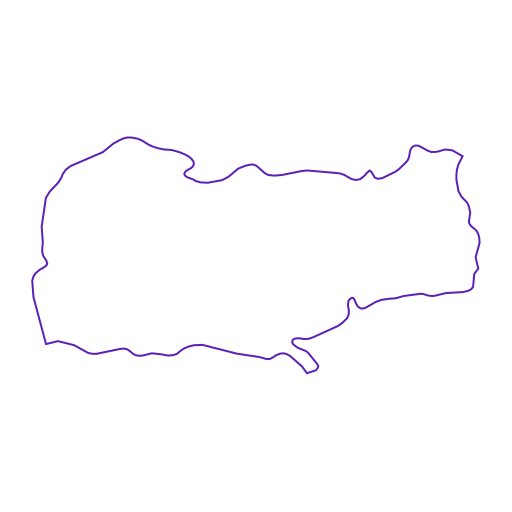 map outline of Arges (orthographic projection), rotated 271°
{"feature_id": "ROU-302", "entity_name": "Arges", "entity_type": "County", "adm_level": 1, "iso_a3": "ROU", "parent_name": "Romania", "parent_adm1": "", "projection": "orthographic", "projection_center": [24.918, 44.995], "detail": "fine", "context": "isolated", "style": "outline", "palette": "violet", "viewbox_px": 512, "rotation_deg": 271, "n_neighbors": 0, "source": "natural_earth", "source_scale": "10m", "svg_char_len": 2551}
<svg xmlns="http://www.w3.org/2000/svg" viewBox="0 0 512 512"><g transform="rotate(271 256 256)"><path d="M365.8,111.3L369.9,118.4L371.4,121.9L372.3,125.6L372.2,129.9L371.1,136.0L369.5,139.9L365.5,146.6L363.7,150.6L362.2,155.5L361.0,161.3L360.5,169.9L358.5,177.5L356.2,183.5L354.1,187.2L351.8,190.0L349.5,191.7L347.1,192.3L344.8,191.6L343.0,189.8L340.1,185.0L338.3,183.3L336.5,182.9L335.0,183.9L333.7,185.6L331.3,192.2L329.9,194.5L328.6,199.5L328.4,206.5L331.3,221.0L334.8,227.2L343.0,236.6L346.0,243.7L347.2,248.3L347.4,251.7L346.2,254.9L338.9,263.5L337.2,266.9L336.7,272.9L337.4,280.2L341.7,300.0L342.4,305.8L340.3,335.9L339.7,339.8L338.5,343.0L334.6,350.2L333.8,354.3L334.5,358.6L338.1,363.0L341.0,365.4L343.4,368.0L342.4,369.7L336.5,373.4L335.3,376.5L336.1,381.0L342.8,394.1L345.6,397.7L352.8,404.8L355.1,406.4L357.8,407.3L363.9,408.3L366.3,409.3L368.2,410.9L369.3,413.6L369.0,416.9L364.3,425.9L363.0,429.6L363.3,434.5L364.1,437.9L365.2,440.9L365.8,443.7L365.0,450.6L359.4,460.8L351.0,456.8L346.8,455.6L342.2,455.0L336.2,455.0L324.3,457.3L318.8,460.5L313.0,466.2L309.5,467.9L303.0,469.5L294.7,468.3L292.1,468.7L289.5,470.7L286.2,474.9L284.2,476.6L281.4,478.0L277.4,479.0L272.9,479.3L258.6,475.6L247.3,478.5L241.8,474.5L229.0,473.6L226.5,471.8L224.8,468.7L223.5,463.2L222.3,446.9L219.2,434.7L219.1,431.5L219.6,428.4L221.0,423.6L221.1,421.1L218.6,404.5L216.8,398.6L216.0,395.1L215.7,390.7L214.4,382.4L212.3,376.8L205.9,366.0L205.2,362.5L206.0,360.4L207.6,358.5L209.8,357.1L214.4,355.0L215.6,354.1L215.9,352.7L214.7,350.7L212.6,349.2L208.0,348.8L204.0,349.7L199.8,349.8L195.7,348.4L190.5,343.4L187.5,339.2L175.9,314.8L174.1,310.0L173.8,305.7L174.3,302.2L174.5,299.0L174.0,296.0L172.6,294.0L170.2,293.7L168.0,295.1L165.1,299.1L162.5,305.8L161.5,308.1L159.7,310.2L149.0,319.1L146.8,320.2L144.5,319.3L142.7,317.8L139.7,309.0L146.3,304.0L156.6,291.9L158.3,288.7L159.2,285.6L158.9,282.3L157.2,278.0L155.0,274.8L153.3,271.7L153.1,268.6L155.1,260.9L158.0,238.7L166.2,204.0L165.7,195.5L164.2,189.9L162.2,185.6L160.5,183.0L156.7,178.5L155.4,174.8L154.9,170.0L156.1,162.6L156.9,153.5L154.5,144.6L154.2,140.6L154.8,137.2L156.3,134.4L158.4,131.9L160.4,129.0L161.2,125.6L160.6,121.3L155.4,98.2L155.4,94.0L156.1,90.0L163.7,75.6L167.4,59.4L164.3,47.6L211.1,34.2L227.3,32.7L231.3,33.7L234.6,35.6L238.7,40.2L240.6,43.6L242.5,46.2L244.5,47.4L247.6,46.5L252.2,43.4L255.2,42.4L258.3,42.1L265.9,42.6L281.8,41.2L310.4,44.9L316.6,48.5L326.2,57.2L330.8,59.9L334.8,61.5L339.1,64.5L342.8,69.2L357.2,101.1L365.8,111.3Z" fill="none" stroke="#5b21b6" stroke-width="2"/></g></svg>